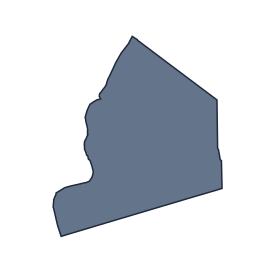 Beitbridge Urban, Matabeleland South, Zimbabwe, rotated 75°
{"feature_id": "62879985B8135663934724", "entity_name": "Beitbridge Urban", "entity_type": "district", "adm_level": 2, "iso_a3": "ZWE", "parent_name": "Zimbabwe", "parent_adm1": "Matabeleland South", "projection": "equal_earth", "projection_center": [30.001, -22.204], "detail": "fine", "context": "isolated", "style": "filled", "palette": "slate", "viewbox_px": 256, "rotation_deg": 75, "n_neighbors": 0, "source": "geoboundaries", "source_scale": "gbopen_adm2", "svg_char_len": 1316}
<svg xmlns="http://www.w3.org/2000/svg" viewBox="0 0 256 256"><g transform="rotate(75 128 128)"><path d="M45.1,96.1L40.6,100.2L46.7,105.8L53.9,115.2L62.0,123.2L64.6,125.3L67.7,127.9L72.2,131.7L74.5,133.7L75.5,134.7L77.7,136.2L80.4,137.7L82.5,139.8L84.0,141.9L86.2,144.6L86.5,144.8L87.3,146.4L89.9,147.6L92.9,146.9L92.8,149.9L92.8,151.3L92.9,151.1L93.7,154.1L95.3,158.7L100.5,163.0L106.8,166.7L107.1,166.5L110.5,167.0L118.1,167.2L124.2,168.9L124.2,168.7L127.5,171.3L129.7,173.4L132.6,174.5L132.6,174.3L137.4,175.5L140.8,175.0L143.6,175.0L144.4,174.1L147.9,174.3L148.3,174.1L148.9,173.4L150.5,173.0L155.4,172.7L161.0,172.8L164.1,174.1L165.1,174.9L166.4,175.7L169.5,179.2L169.5,179.5L169.8,182.3L169.8,183.4L169.7,183.8L169.7,184.2L169.5,191.1L169.5,192.0L169.5,192.4L169.4,192.6L169.4,192.9L169.4,193.3L169.2,198.7L169.2,199.2L169.3,199.3L169.3,199.6L169.2,200.0L169.3,204.4L169.5,205.3L172.1,214.2L174.0,215.1L175.5,216.5L177.0,217.5L178.1,218.4L178.5,218.4L184.8,220.7L186.7,220.7L188.2,220.7L188.9,220.7L202.0,221.2L204.2,221.2L204.6,221.2L213.9,220.7L214.3,220.7L215.4,220.6L215.1,213.1L213.7,164.8L211.5,84.2L211.2,69.9L210.7,52.8L183.8,46.2L182.5,47.1L172.0,46.2L171.2,46.7L170.8,46.7L124.3,34.9L124.2,34.9L123.9,34.8L88.6,62.5L45.7,96.1L45.1,96.1Z" fill="#64748b" stroke="#1e293b" stroke-width="1.5"/></g></svg>